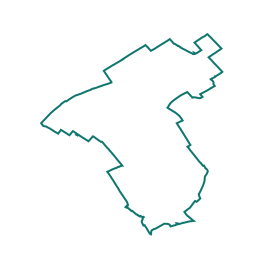 the district of George Enescu, Botosani, Romania, rotated 7°
{"feature_id": "2599482B98474563390091", "entity_name": "George Enescu", "entity_type": "district", "adm_level": 2, "iso_a3": "ROU", "parent_name": "Romania", "parent_adm1": "Botosani", "projection": "natural_earth1", "projection_center": [26.526, 48.025], "detail": "fine", "context": "isolated", "style": "outline", "palette": "teal", "viewbox_px": 256, "rotation_deg": 7, "n_neighbors": 0, "source": "geoboundaries", "source_scale": "gbopen_adm2", "svg_char_len": 5669}
<svg xmlns="http://www.w3.org/2000/svg" viewBox="0 0 256 256"><g transform="rotate(7 128 128)"><path d="M204.5,212.2L203.5,211.7L203.0,211.3L202.4,210.8L202.0,210.6L200.9,209.9L200.6,209.7L200.4,209.6L199.7,209.2L199.4,208.8L199.0,208.6L198.9,208.6L197.3,207.7L196.5,206.9L196.0,206.4L195.9,206.3L195.7,206.0L195.3,205.6L194.9,205.2L194.6,204.9L194.2,204.4L195.2,203.5L196.2,202.4L198.0,200.7L199.1,199.8L203.4,192.3L205.1,192.9L207.7,189.9L208.3,189.2L206.7,186.3L206.3,185.1L206.8,184.1L207.5,182.1L209.4,176.2L209.6,175.3L210.4,171.7L210.4,170.5L210.3,170.3L210.3,169.1L210.3,168.4L210.2,167.1L210.9,165.4L211.8,163.8L212.0,163.2L212.5,161.2L212.4,161.0L212.2,160.8L211.8,159.9L211.6,159.7L211.3,159.4L209.9,158.6L209.6,158.4L209.5,158.2L209.4,157.8L208.4,156.7L208.2,156.4L208.2,156.2L207.9,156.0L207.6,156.2L207.3,156.4L206.9,156.3L206.5,155.9L205.1,154.5L202.1,152.0L201.4,151.2L199.8,149.6L199.0,148.9L196.6,146.5L194.1,144.1L192.0,142.1L191.0,140.8L190.0,140.0L189.6,139.6L189.3,139.3L189.7,139.0L190.2,138.7L190.8,138.3L192.0,137.2L190.7,135.7L189.0,133.5L184.4,127.8L183.6,126.8L182.8,125.7L182.3,125.3L181.2,123.9L180.7,123.1L178.9,121.1L175.8,117.3L178.7,115.5L181.3,113.9L179.5,111.7L179.2,111.4L177.5,109.7L177.1,109.4L174.5,107.8L172.7,106.7L171.9,106.4L167.8,104.5L164.7,103.1L166.5,99.5L166.4,99.5L166.7,98.8L167.5,97.8L168.2,96.8L169.0,95.9L172.7,92.4L174.6,90.7L176.6,89.0L182.4,85.1L185.3,87.4L186.1,88.2L187.7,89.4L188.2,90.0L189.0,89.7L189.8,89.4L195.5,89.7L196.0,89.6L197.3,88.8L198.1,88.3L198.2,88.1L197.7,87.6L196.7,86.8L195.5,85.6L201.9,81.2L205.4,78.5L205.3,78.4L207.7,76.7L209.0,75.7L207.7,74.4L207.5,74.0L207.4,73.5L207.4,73.0L207.4,72.7L207.3,72.2L207.1,72.0L206.5,71.1L206.1,70.8L204.7,70.0L204.1,69.5L204.9,68.9L205.0,69.0L207.8,67.0L208.1,66.7L208.3,66.5L208.2,66.3L208.3,66.3L210.7,64.4L214.3,61.4L214.8,60.8L209.5,56.3L205.1,52.8L203.1,51.0L202.5,50.4L201.1,49.4L199.4,48.0L200.6,46.9L201.4,46.3L202.1,45.7L202.4,45.3L206.7,41.8L207.5,40.9L208.4,40.2L211.1,37.8L205.0,32.8L201.1,29.7L198.2,27.3L197.3,26.7L195.5,25.2L194.8,25.6L193.3,27.1L192.1,28.1L191.3,28.5L183.6,35.1L191.3,41.8L188.4,44.2L186.2,45.9L185.5,45.7L184.7,45.4L184.9,45.7L185.3,46.2L185.3,46.3L185.2,46.4L184.8,46.4L184.2,46.6L183.8,46.7L183.4,46.6L182.1,46.0L179.8,45.3L175.7,43.7L171.5,42.2L170.3,41.7L170.2,41.4L170.1,41.2L169.9,41.1L169.3,41.0L169.1,41.0L168.4,40.5L168.0,40.4L167.9,40.3L167.3,40.4L167.2,40.2L166.8,40.0L165.2,39.3L164.4,38.9L163.9,38.7L163.5,38.6L163.3,38.7L162.6,38.2L162.3,38.1L161.5,37.1L160.6,36.3L158.6,34.7L157.2,36.0L153.0,39.4L147.1,44.1L144.8,46.1L141.3,48.6L137.8,45.6L135.3,43.6L132.7,45.7L130.0,47.7L128.6,48.9L125.3,51.4L120.4,55.3L114.2,60.5L114.4,60.6L108.9,64.8L106.3,66.8L104.9,67.8L101.4,70.6L98.3,73.1L97.0,74.2L103.9,82.1L105.0,83.3L106.0,84.4L106.1,84.7L106.1,84.8L102.6,86.6L98.8,88.3L92.4,91.5L89.6,92.9L89.4,92.8L89.2,92.8L86.6,94.2L86.5,94.3L86.4,94.4L86.4,94.6L83.8,95.9L82.5,96.5L81.1,97.4L80.7,97.7L80.3,97.8L76.9,99.8L74.0,101.2L71.9,102.2L69.7,103.8L65.5,107.3L65.1,107.8L64.0,108.7L63.5,109.1L63.2,109.1L62.9,109.0L62.4,109.0L62.2,109.1L60.3,110.9L59.2,111.8L58.7,112.5L58.3,113.1L57.7,114.0L53.4,118.3L49.6,122.5L41.2,133.8L43.2,135.9L43.6,136.3L46.8,136.6L47.1,136.7L49.4,137.7L50.0,137.8L56.9,141.1L58.5,141.7L59.3,142.1L61.2,138.9L61.6,138.0L66.7,140.4L70.7,142.3L71.4,141.3L71.8,140.9L72.3,139.8L73.7,137.8L74.4,138.1L75.7,138.8L77.9,139.9L77.3,140.9L79.0,141.6L79.6,140.7L80.9,141.4L82.7,142.3L83.6,142.8L87.0,144.3L88.4,145.0L89.3,145.4L90.3,146.0L90.7,145.4L91.8,144.1L92.4,143.1L94.2,140.5L94.8,140.7L95.6,141.2L96.4,141.5L96.6,141.6L97.1,142.1L97.7,142.3L99.5,143.3L100.7,144.0L102.6,144.9L102.9,145.0L103.7,144.8L104.0,144.9L104.1,145.0L104.8,145.6L108.9,149.4L110.7,150.9L111.5,151.5L112.3,152.4L115.4,155.1L119.3,158.8L119.5,159.0L120.1,159.6L120.5,160.0L121.5,161.0L121.8,161.3L125.8,164.9L126.8,166.0L126.6,166.0L126.0,166.4L124.9,166.9L124.1,167.5L123.8,167.7L123.5,167.7L123.2,167.6L122.9,167.7L122.7,167.9L122.5,168.1L122.4,168.3L121.9,168.7L120.6,169.4L119.8,169.7L117.7,170.9L114.6,172.9L113.7,173.4L112.8,174.0L113.8,175.0L116.9,178.5L118.4,180.4L120.5,182.8L121.0,183.6L122.8,185.8L125.4,188.8L127.3,191.5L128.6,193.0L130.6,195.3L134.6,199.8L136.3,201.9L136.6,202.9L137.0,203.7L137.2,203.9L137.4,204.2L137.4,204.3L137.1,205.4L136.5,205.2L135.2,206.8L136.0,207.1L136.3,207.3L137.0,207.3L138.1,207.6L138.5,207.8L139.2,208.4L140.8,209.3L140.9,209.5L141.1,209.7L141.4,209.7L141.4,209.9L141.5,210.0L141.8,210.1L142.1,209.8L142.5,209.8L143.1,210.3L146.1,212.3L147.0,212.9L147.4,212.8L148.0,213.1L148.3,213.1L148.9,213.6L149.8,214.1L150.6,214.4L151.0,213.7L151.4,213.8L151.6,213.9L151.7,214.0L151.8,214.1L152.3,214.3L152.7,214.4L153.7,214.8L154.4,214.2L155.0,213.9L154.2,214.9L154.0,215.1L153.8,215.4L153.6,215.9L153.5,216.2L153.7,216.9L153.6,217.3L153.5,217.5L153.3,217.8L153.0,218.5L153.1,219.3L153.2,219.7L153.4,220.1L154.0,221.1L154.5,221.9L155.1,222.6L155.2,222.9L155.5,222.9L156.3,222.5L156.4,222.8L156.6,223.0L158.0,224.4L158.5,225.0L159.3,226.1L161.9,229.5L162.2,229.9L162.7,230.3L163.3,230.6L163.7,230.8L163.9,230.2L163.7,228.7L163.7,227.9L163.7,227.5L163.9,227.0L164.3,226.4L164.6,226.2L166.3,225.0L167.2,224.7L168.3,224.1L168.9,223.6L169.3,223.1L169.7,222.9L169.9,222.9L171.7,221.5L172.6,220.9L175.6,218.6L177.2,218.5L178.5,218.3L180.3,218.6L180.7,218.7L181.1,218.9L182.1,220.3L182.3,220.5L185.2,219.3L185.4,219.1L185.8,218.9L186.6,218.8L186.8,218.7L187.5,218.3L188.0,218.0L188.2,217.8L188.3,217.7L188.2,217.5L187.7,216.7L189.5,216.7L189.8,217.3L191.4,216.7L194.3,215.4L195.7,215.0L199.3,213.6L200.7,213.1L202.3,212.8L204.5,212.2Z" fill="none" stroke="#0f766e" stroke-width="2"/></g></svg>